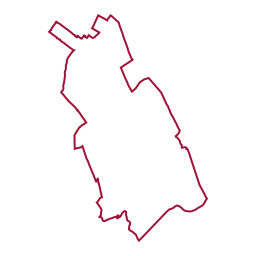 the district of Vaculesti, Botosani, Romania, rotated 270°
{"feature_id": "2599482B19671862910111", "entity_name": "Vaculesti", "entity_type": "district", "adm_level": 2, "iso_a3": "ROU", "parent_name": "Romania", "parent_adm1": "Botosani", "projection": "orthographic", "projection_center": [26.426, 47.889], "detail": "fine", "context": "isolated", "style": "outline", "palette": "rose", "viewbox_px": 256, "rotation_deg": 270, "n_neighbors": 0, "source": "geoboundaries", "source_scale": "gbopen_adm2", "svg_char_len": 5566}
<svg xmlns="http://www.w3.org/2000/svg" viewBox="0 0 256 256"><g transform="rotate(270 128 128)"><path d="M240.6,110.5L239.8,109.9L239.4,109.7L239.0,109.4L238.3,108.9L237.8,108.4L236.2,107.3L235.9,107.2L235.7,107.2L239.1,101.0L240.6,98.2L239.5,97.7L233.9,95.1L231.6,94.1L228.3,92.5L227.9,92.3L227.7,92.1L226.5,94.2L224.7,97.2L223.8,98.9L223.7,99.3L223.4,99.4L223.2,99.3L222.7,98.5L221.8,97.9L221.2,97.1L220.3,96.0L219.7,95.4L219.4,95.2L218.9,94.8L218.4,93.7L218.1,92.7L218.2,92.3L218.3,92.0L218.6,91.7L220.7,88.8L219.2,87.8L218.1,87.1L219.2,84.8L220.0,85.2L220.5,84.2L220.1,84.0L220.1,83.8L220.1,83.7L219.0,82.9L218.1,82.3L217.3,81.7L217.6,81.0L220.1,77.8L219.9,77.7L219.7,77.6L219.3,77.5L218.9,77.3L218.8,77.2L218.7,76.8L220.2,74.9L220.5,75.2L221.1,74.4L221.5,73.6L222.1,72.7L223.3,71.4L226.1,67.9L227.3,66.2L229.3,63.4L232.0,59.9L232.4,59.3L233.2,57.4L233.4,57.6L234.3,56.3L233.9,55.9L233.6,55.8L232.6,55.4L232.3,55.2L231.7,54.6L231.6,54.4L231.2,54.2L229.3,52.8L226.0,50.7L225.8,50.9L225.6,50.6L225.0,50.0L224.7,49.6L224.2,49.1L219.7,55.1L218.5,56.8L218.2,57.1L217.8,57.0L217.8,57.4L217.5,57.9L216.7,58.8L216.6,59.1L216.5,59.4L216.2,59.9L216.2,60.1L215.8,60.1L215.4,60.7L215.0,61.1L213.9,62.3L213.7,62.9L212.4,64.8L212.0,65.2L211.7,65.4L211.5,65.9L210.1,67.6L209.7,68.2L208.7,69.4L206.6,72.4L205.6,73.6L205.6,73.8L204.0,72.2L202.8,71.2L200.6,69.7L199.7,69.1L199.0,68.5L198.5,68.1L197.9,67.7L196.4,67.2L195.5,67.1L194.8,67.0L193.2,66.7L192.1,66.4L191.4,66.1L190.9,66.0L190.2,65.9L188.4,65.9L187.1,65.8L186.1,65.5L184.3,64.9L183.7,64.8L182.9,64.8L181.0,65.0L179.0,64.8L175.8,64.4L172.0,63.7L170.5,63.3L169.1,63.3L168.1,63.4L166.9,63.3L166.1,63.1L165.7,62.8L164.6,61.7L163.6,61.2L163.5,61.3L161.2,63.4L158.3,65.7L156.9,67.0L155.8,67.9L155.5,68.0L149.2,74.6L148.7,75.2L146.2,77.0L146.1,77.5L145.3,77.4L145.2,77.9L143.1,79.6L140.0,81.6L136.2,84.4L134.6,85.4L133.4,86.2L132.7,85.3L132.3,84.7L132.1,84.3L132.1,84.2L130.7,81.9L130.3,81.5L128.6,79.5L128.5,79.3L126.7,78.1L124.7,76.9L121.1,74.7L120.5,74.4L119.1,74.5L116.7,74.6L115.7,74.5L107.2,74.8L107.3,75.0L107.7,76.6L108.6,80.8L109.9,82.4L99.8,85.8L97.5,86.5L94.3,88.2L93.7,88.3L92.7,88.6L87.2,90.9L85.2,91.7L83.7,92.3L82.1,93.1L78.9,94.3L75.3,95.7L74.6,96.1L75.3,96.7L75.7,96.9L76.4,97.2L77.3,97.7L77.3,97.8L75.4,98.2L74.4,98.2L73.3,98.4L72.4,98.6L72.4,98.9L72.0,99.0L70.8,99.2L68.1,99.9L66.5,100.2L64.5,100.6L60.9,101.5L59.7,101.7L58.7,101.9L58.6,101.4L58.4,100.7L58.3,100.4L58.1,100.2L57.8,99.9L55.8,98.7L54.0,97.4L53.6,96.8L50.7,98.8L47.2,101.1L46.8,101.3L46.5,101.5L46.3,101.5L45.3,101.5L44.2,101.1L43.7,101.0L41.8,101.0L41.3,101.0L41.0,100.9L40.7,100.8L40.3,100.5L39.5,99.6L39.3,99.5L39.1,99.4L38.9,99.4L38.9,99.6L38.9,99.9L39.0,100.3L39.0,100.7L38.7,101.2L38.5,101.5L38.1,101.9L37.5,102.2L36.0,102.5L35.6,102.7L35.1,103.2L35.0,103.5L34.9,104.1L34.9,104.7L35.0,105.0L35.8,106.3L36.0,106.9L37.5,110.5L37.6,110.9L37.9,112.1L38.5,113.6L38.9,114.4L39.0,114.9L39.1,115.1L39.1,115.9L39.2,116.3L39.7,117.0L40.2,117.5L40.4,117.7L40.5,117.9L40.6,118.1L40.5,118.3L40.5,118.5L40.3,118.6L40.2,118.7L39.9,118.8L39.7,118.8L39.5,118.7L39.3,118.5L38.1,117.2L37.9,117.2L37.7,117.2L37.7,117.5L37.9,117.8L38.3,118.2L38.4,118.3L38.9,119.6L39.3,120.1L39.5,120.4L40.7,121.1L42.4,121.9L42.7,122.1L44.3,123.7L44.6,123.9L44.7,124.2L44.8,124.4L44.9,124.6L44.9,125.0L44.7,125.4L44.6,125.6L44.3,126.0L43.9,126.2L43.5,126.2L43.1,126.2L41.5,125.8L41.0,125.9L40.4,126.2L39.5,126.6L38.1,126.7L37.1,126.9L36.1,127.2L35.8,127.3L35.5,127.6L35.3,127.8L34.9,128.4L34.4,129.4L33.8,129.9L33.6,130.0L32.9,130.2L32.6,130.2L32.1,130.2L30.3,129.4L29.7,129.2L27.7,129.0L26.9,129.0L26.6,129.1L26.1,129.5L25.8,129.7L25.6,130.0L24.8,131.5L24.1,132.6L23.9,133.0L23.6,133.3L23.1,133.7L22.8,134.0L22.1,135.0L21.6,135.6L21.1,136.0L19.3,136.8L17.3,137.6L17.0,137.8L15.4,139.0L23.3,146.7L44.2,166.6L46.7,169.5L46.9,170.7L47.2,171.5L47.6,172.1L47.9,172.9L48.4,173.7L49.4,174.8L50.2,176.1L50.5,177.1L50.1,178.5L48.9,180.6L47.2,182.4L45.8,183.8L45.2,185.1L44.7,187.2L44.8,188.6L44.5,190.0L44.8,191.9L45.6,193.6L46.0,195.1L47.0,196.4L48.1,198.1L50.5,202.4L51.2,203.2L52.8,204.2L53.4,204.6L54.6,205.1L55.7,205.8L57.0,206.5L57.3,206.9L71.2,199.5L94.2,191.9L101.8,189.5L106.8,187.6L106.9,186.4L108.4,186.4L108.8,184.8L108.6,183.4L108.3,181.9L109.3,181.9L110.9,181.7L111.3,181.3L112.1,180.6L112.5,180.4L113.9,180.2L115.1,179.6L115.6,179.5L115.9,179.3L116.4,178.9L118.0,177.5L118.5,177.0L119.0,176.3L119.1,176.1L119.4,176.1L119.7,175.7L119.8,175.7L121.3,177.4L122.1,178.2L122.7,178.6L124.2,179.3L125.3,179.8L127.5,178.6L129.4,177.6L130.9,177.0L132.9,176.1L133.7,175.5L135.8,174.5L136.8,173.9L137.4,173.7L138.7,173.0L142.1,171.0L142.9,170.7L144.1,170.1L144.6,169.9L145.4,169.7L146.1,169.5L147.9,168.6L149.4,168.1L149.9,167.8L151.1,166.9L151.6,166.7L152.1,166.4L154.0,165.5L155.9,164.7L156.8,164.3L157.4,163.8L157.8,163.9L158.5,163.6L158.9,163.4L159.4,163.1L162.0,161.9L163.7,160.9L166.7,158.5L169.7,155.8L172.1,153.7L174.4,151.8L175.6,150.7L178.0,148.6L176.9,145.2L176.6,144.2L174.1,140.4L173.5,139.8L169.3,136.8L167.8,135.8L164.9,132.6L164.4,131.9L170.8,128.3L173.0,127.5L177.9,125.2L185.0,122.3L188.4,120.8L188.6,121.2L190.0,123.1L191.3,125.2L194.7,130.3L196.2,132.6L198.0,131.3L199.0,130.8L199.5,130.7L204.0,128.7L204.5,128.5L204.9,128.5L205.5,128.3L206.8,127.9L207.9,127.6L210.0,126.8L212.4,126.0L213.2,125.7L217.6,124.0L221.3,122.8L223.3,122.3L225.5,121.3L226.9,120.9L229.9,119.8L231.8,119.2L232.0,119.1L232.3,119.0L233.2,118.8L233.9,118.3L235.6,116.4L236.5,115.2L236.9,114.9L239.2,112.4L240.2,111.3L240.6,110.5Z" fill="none" stroke="#9f1239" stroke-width="2"/></g></svg>